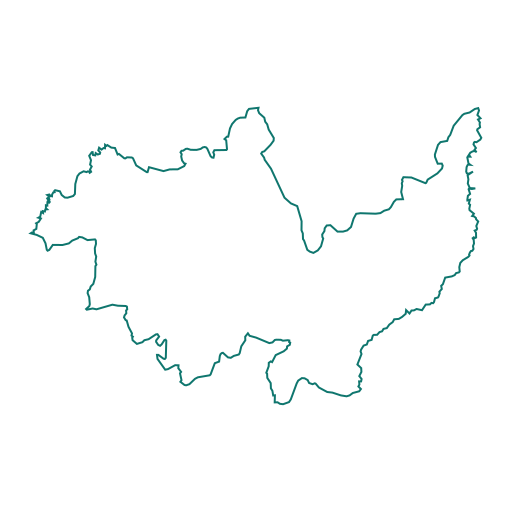 outline of Gungu, Bandundu, Democratic Republic of the Congo
{"feature_id": "63176286B71176382547280", "entity_name": "Gungu", "entity_type": "district", "adm_level": 2, "iso_a3": "COD", "parent_name": "Democratic Republic of the Congo", "parent_adm1": "Bandundu", "projection": "mercator", "projection_center": [19.308, -5.768], "detail": "fine", "context": "isolated", "style": "outline", "palette": "teal", "viewbox_px": 512, "rotation_deg": 0, "n_neighbors": 0, "source": "geoboundaries", "source_scale": "gbopen_adm2", "svg_char_len": 6024}
<svg xmlns="http://www.w3.org/2000/svg" viewBox="0 0 512 512"><path d="M111.3,147.6L107.4,145.1L106.5,145.9L105.1,144.8L105.0,148.3L103.6,148.0L101.5,149.6L99.1,147.7L98.3,150.4L100.2,152.5L99.9,153.8L97.8,154.5L95.7,153.1L95.3,155.4L93.0,155.0L92.6,152.1L91.8,152.2L89.2,155.8L91.0,160.2L90.1,164.6L91.7,166.5L90.0,169.6L91.1,171.8L89.7,172.8L89.0,171.5L87.7,171.4L86.6,172.1L83.6,171.3L79.5,173.5L77.4,176.2L75.3,184.0L74.9,194.0L73.2,196.0L67.5,197.7L64.8,197.5L61.7,195.0L59.9,191.3L55.1,190.2L54.3,191.0L54.6,192.2L53.3,192.4L52.1,194.5L52.0,196.3L50.6,196.0L49.3,194.5L47.3,195.0L49.5,196.7L47.2,198.4L47.7,199.2L49.2,199.0L49.5,199.8L48.2,200.9L49.7,202.0L49.2,202.7L47.4,202.4L47.3,205.6L45.9,205.3L45.9,208.2L47.1,209.3L45.3,209.5L44.9,211.5L42.8,211.1L43.0,213.0L41.2,212.0L40.2,216.7L38.4,217.7L40.9,218.5L38.7,221.9L36.1,223.3L36.8,224.1L36.3,228.9L33.6,230.4L33.8,232.6L31.9,232.5L30.7,233.3L36.7,234.9L42.8,237.8L45.5,243.3L46.8,249.8L47.6,250.7L49.3,249.9L52.8,244.9L62.5,245.0L68.9,243.4L72.2,240.6L78.0,238.2L79.1,236.9L82.3,237.4L87.5,240.1L95.0,239.4L95.8,240.4L96.0,243.9L94.8,248.1L95.1,253.5L96.2,256.5L95.4,261.7L96.4,264.7L95.4,266.1L95.2,277.0L93.3,283.9L90.7,286.5L89.8,289.4L88.0,290.7L87.6,293.1L89.2,297.2L89.8,304.2L89.3,306.1L86.1,309.0L86.8,309.7L92.6,308.5L96.5,309.3L112.4,304.7L117.8,305.7L125.7,306.0L126.9,306.6L127.2,309.3L126.1,310.5L126.3,313.3L124.6,315.4L124.0,317.4L125.7,320.2L126.7,320.5L128.5,326.8L132.0,333.4L131.5,335.6L132.9,336.7L132.2,337.7L132.6,340.2L136.9,343.9L142.4,342.2L144.4,340.2L148.6,339.2L155.9,334.4L157.5,334.2L159.1,336.6L156.2,340.4L156.1,341.8L158.2,344.9L160.1,345.8L161.7,344.3L164.4,340.1L165.6,339.7L166.3,340.7L165.8,357.8L164.8,359.0L163.5,358.7L158.4,354.9L157.0,354.9L157.5,358.9L165.2,369.7L168.0,369.1L175.1,365.2L178.5,365.3L178.3,368.2L181.1,371.9L180.0,373.3L181.5,380.2L180.4,381.8L184.5,385.0L186.1,385.3L189.4,384.2L195.0,378.8L197.9,377.3L209.7,375.3L210.6,374.4L214.8,363.2L219.1,361.6L219.8,356.1L220.5,354.2L221.7,353.1L222.9,352.8L228.0,357.4L230.8,357.8L233.8,355.9L238.8,354.5L239.7,353.1L241.3,346.3L245.3,340.3L245.2,336.7L247.9,333.3L249.6,335.8L256.1,337.6L269.3,343.1L272.5,342.4L274.8,340.0L276.3,339.7L280.8,339.8L282.9,340.7L287.9,340.2L289.3,340.5L289.1,342.0L290.2,342.6L289.8,344.8L287.1,346.4L286.9,348.6L283.7,351.3L275.7,355.1L272.1,362.1L270.8,361.4L268.8,362.8L268.7,366.3L266.3,372.8L267.1,373.7L267.3,377.9L270.7,383.1L270.9,388.4L272.4,390.8L273.2,395.5L274.9,395.3L274.7,402.4L277.6,402.3L279.9,403.8L283.1,404.2L289.0,402.1L290.8,399.4L296.7,383.4L298.2,380.6L301.9,378.1L304.6,378.3L307.7,380.1L309.1,383.0L312.6,384.2L314.8,383.3L315.7,383.7L318.9,387.5L327.2,392.0L332.4,392.6L340.9,395.4L346.6,396.3L349.6,395.4L352.8,393.0L359.2,391.3L360.9,389.0L358.4,386.5L359.4,384.5L359.1,381.4L361.1,381.4L361.6,379.0L359.3,376.1L361.4,371.9L361.2,368.1L357.4,364.5L361.5,354.0L360.6,351.4L361.1,349.6L363.6,345.6L366.8,344.5L368.1,340.9L371.6,339.9L372.8,335.6L373.8,334.9L377.1,334.8L379.5,332.1L382.1,331.3L383.5,328.9L386.8,328.1L389.3,324.6L392.7,322.1L394.2,319.3L398.8,318.9L402.1,316.9L405.7,313.8L406.1,310.1L409.5,313.5L411.5,310.5L413.9,310.4L416.6,309.0L422.0,310.2L425.7,304.6L429.9,304.4L431.5,302.9L433.1,303.2L434.0,302.1L435.0,298.3L437.9,297.5L438.5,296.7L439.7,293.3L439.4,291.7L441.8,289.0L441.2,285.8L442.9,284.2L445.2,277.6L451.8,276.4L454.7,275.1L456.1,273.1L458.9,272.4L459.7,271.5L459.3,267.1L460.3,262.9L462.8,260.2L468.4,256.8L469.5,255.5L469.1,254.6L469.9,252.5L471.0,251.0L472.3,250.8L473.5,249.0L473.0,246.1L474.0,243.5L473.7,239.9L472.7,238.2L473.8,237.3L474.8,238.1L476.1,237.5L476.0,232.8L474.7,230.6L476.6,229.8L477.1,228.8L476.3,226.0L478.2,221.5L476.1,219.3L476.0,218.1L474.1,216.4L472.2,216.0L473.9,213.7L469.6,210.2L469.3,208.7L470.1,204.8L468.8,203.6L469.9,199.7L467.4,200.5L467.3,200.0L467.9,195.8L470.1,193.9L468.6,189.2L469.0,188.6L471.9,189.0L475.3,188.4L469.8,188.1L467.8,183.5L468.4,179.4L467.6,175.2L473.0,171.6L468.7,173.8L466.8,173.2L466.2,171.6L466.6,167.1L467.5,165.2L468.1,164.6L470.3,164.8L468.5,163.5L467.3,157.4L467.7,156.7L470.3,156.7L469.7,155.8L468.3,155.8L470.3,152.7L472.6,151.4L474.4,151.0L476.6,152.1L474.5,149.9L475.9,148.0L473.5,144.4L474.0,142.5L474.8,141.9L476.5,142.2L480.3,139.6L481.3,137.8L477.1,130.3L477.4,129.2L480.1,127.3L479.6,124.1L479.9,122.4L478.0,119.5L480.5,118.3L477.4,115.0L479.0,110.5L478.2,108.1L474.8,109.0L469.6,112.5L464.3,113.8L462.4,115.1L453.7,125.7L450.2,134.9L448.4,137.2L447.2,140.9L440.5,142.1L438.0,144.9L434.9,154.5L435.0,156.9L437.7,163.7L441.8,163.6L442.7,165.7L442.0,168.5L437.4,173.4L427.7,179.6L426.2,182.8L425.5,183.2L411.4,177.5L403.4,177.2L402.0,179.9L402.6,181.2L401.8,183.3L402.2,185.8L401.2,192.0L403.0,199.2L396.3,199.4L393.9,201.8L390.9,207.1L388.9,209.3L384.2,210.7L380.4,213.1L375.7,213.7L360.4,213.2L356.2,213.8L353.6,218.6L351.0,227.0L347.2,230.4L343.0,231.6L337.5,231.6L330.4,225.2L326.7,225.5L324.7,228.3L324.4,231.1L322.2,234.5L322.4,237.1L323.2,238.5L321.0,246.3L317.8,250.4L313.4,252.9L309.8,251.6L307.3,249.8L304.1,240.6L303.0,239.0L302.8,233.4L301.5,230.3L301.6,221.2L297.2,206.1L290.9,203.4L284.5,197.7L271.0,168.7L264.7,159.8L264.1,157.6L261.2,153.6L262.2,152.0L264.3,151.3L270.5,144.9L273.6,140.7L273.8,138.0L268.7,129.6L267.2,124.3L265.2,121.7L264.3,117.7L259.2,113.2L258.0,110.2L258.5,107.8L249.0,108.9L247.2,111.2L245.4,117.5L240.2,117.7L237.9,118.5L235.7,119.9L232.1,124.0L230.0,128.4L228.2,136.7L226.9,136.7L224.5,139.0L226.2,140.3L227.0,149.2L226.4,150.0L214.4,150.2L213.3,152.3L214.2,154.7L213.5,157.7L212.0,157.5L210.6,156.2L207.4,148.9L206.3,147.5L204.7,147.0L202.8,147.4L200.7,148.9L196.6,149.9L190.7,149.8L187.3,148.7L185.8,148.9L183.1,150.7L181.5,150.8L180.5,152.3L181.7,154.2L181.2,156.5L182.1,160.5L184.1,163.3L185.5,163.7L184.2,166.1L177.8,169.3L169.7,169.4L163.5,171.1L149.0,167.2L147.6,172.1L146.7,172.1L136.2,165.4L133.0,158.3L131.8,157.5L127.0,157.3L125.4,158.4L124.3,158.3L118.9,153.9L117.6,154.5L115.0,148.0L111.3,147.6Z" fill="none" stroke="#0f766e" stroke-width="2"/></svg>